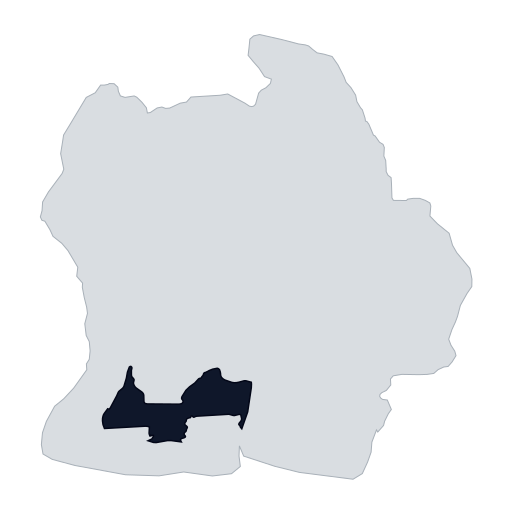 Para on a map of Suriname (Mercator projection), rotated 181°
{"feature_id": "SUR-68", "entity_name": "Para", "entity_type": "District", "adm_level": 1, "iso_a3": "SUR", "parent_name": "Suriname", "parent_adm1": "", "projection": "mercator", "projection_center": [-55.311, 5.329], "detail": "fine", "context": "in_parent", "style": "filled", "palette": "ink", "viewbox_px": 512, "rotation_deg": 181, "n_neighbors": 0, "source": "natural_earth", "source_scale": "10m", "svg_char_len": 4478}
<svg xmlns="http://www.w3.org/2000/svg" viewBox="0 0 512 512"><g transform="rotate(181 256 256)"><path d="M454.7,102.3L445.7,109.9L436.0,120.7L423.2,139.3L423.7,145.1L420.9,149.8L420.2,158.2L421.2,167.5L424.4,173.6L426.0,185.3L423.5,195.7L424.4,201.8L427.0,211.5L429.1,221.7L428.9,225.9L432.0,229.3L434.9,232.6L434.0,241.7L444.1,258.1L450.3,265.2L459.3,272.1L462.6,278.9L467.7,287.1L470.7,288.0L472.3,291.3L470.7,297.6L470.3,306.3L464.6,316.5L451.3,335.1L449.7,339.4L453.1,354.9L451.3,367.5L450.5,373.6L444.0,384.7L428.5,411.6L419.6,416.4L414.3,424.2L410.8,424.2L406.9,425.0L405.7,425.9L400.9,425.8L397.1,422.4L396.5,418.3L394.4,413.7L389.7,412.3L380.6,413.9L378.0,412.7L372.7,407.7L368.2,402.3L367.1,397.1L364.2,397.6L357.4,402.3L352.7,403.3L349.0,402.0L344.9,402.4L334.4,407.5L328.2,408.7L323.8,413.8L294.7,416.1L287.1,417.5L269.7,408.6L265.2,405.7L262.9,405.3L261.0,405.8L259.1,407.7L256.2,418.9L253.6,421.9L249.0,424.4L244.6,428.8L243.7,433.1L250.6,435.5L256.3,443.9L262.4,450.6L267.4,456.5L266.7,463.2L265.9,472.7L262.3,476.0L256.3,477.5L234.2,472.9L217.3,468.8L210.2,467.9L207.0,466.9L202.8,463.4L198.5,460.2L191.6,459.0L183.4,456.8L177.4,448.5L171.1,436.6L168.9,431.2L164.0,426.0L159.2,418.6L157.8,412.1L154.1,406.1L152.2,404.0L149.4,395.8L148.9,392.8L147.5,392.4L145.5,389.8L141.6,381.0L140.7,378.9L139.0,378.1L134.5,371.9L130.9,369.8L129.6,366.7L129.9,358.1L128.0,353.8L127.4,345.8L127.3,342.6L125.4,339.0L122.3,336.7L121.8,330.8L121.1,316.5L119.6,314.0L106.6,314.1L105.3,315.5L99.7,316.4L93.4,316.5L87.8,314.6L83.1,312.1L82.1,309.0L82.8,299.0L75.2,291.4L63.3,282.1L59.7,270.2L55.3,262.8L42.0,247.3L39.7,236.7L39.7,229.2L44.3,222.3L50.8,210.2L53.5,199.1L55.5,193.4L58.8,185.9L61.9,176.2L59.5,170.2L55.6,164.3L54.3,159.9L58.1,153.5L62.0,148.9L66.3,148.3L71.9,145.6L76.2,141.7L82.9,140.6L91.2,140.2L108.1,140.2L116.7,138.6L119.4,135.4L119.0,129.4L123.3,123.9L127.8,121.6L129.6,119.8L129.9,117.8L128.7,116.0L126.9,114.8L122.2,114.3L118.0,104.9L120.9,100.7L124.5,93.1L125.5,88.8L131.2,82.1L132.5,84.2L136.9,71.9L137.5,61.9L140.8,52.0L145.9,40.3L155.1,34.5L208.8,40.4L233.3,46.0L264.8,55.7L269.3,65.9L269.5,55.7L268.0,45.3L276.7,37.9L295.8,35.3L324.5,38.8L349.1,34.5L382.6,35.0L433.4,43.4L456.2,49.1L465.5,54.3L467.3,63.7L466.4,75.6L462.7,87.0L454.7,102.3Z" fill="#d9dde1" stroke="#a8b0b8" stroke-width="1"/><path d="M360.7,69.4L356.9,71.3L355.6,73.6L355.4,73.8L355.4,74.8L355.8,74.8L356.9,74.9L357.2,74.8L357.7,74.4L358.4,74.2L359.0,74.2L359.2,74.5L359.0,75.0L359.0,75.4L359.4,75.6L359.7,76.1L359.8,77.2L359.6,83.2L361.6,83.8L363.7,83.9L404.5,80.9L406.0,84.7L406.6,88.4L406.6,90.7L406.4,92.1L406.1,93.4L405.7,94.6L405.1,95.7L401.6,100.7L400.1,100.2L399.0,101.7L392.8,113.8L391.4,117.2L390.8,118.2L387.0,121.5L386.3,122.5L385.8,123.3L383.5,131.5L382.5,137.7L380.7,142.8L379.8,143.4L379.1,143.4L378.4,142.8L378.1,142.0L378.2,141.2L378.6,139.5L378.5,135.3L378.4,134.2L378.0,133.1L377.2,132.2L376.4,131.4L375.8,130.4L375.8,129.5L376.3,127.2L376.2,126.1L375.8,125.0L375.2,123.9L374.4,122.8L373.4,121.9L367.7,118.0L366.8,117.1L366.1,116.0L365.8,114.9L365.5,108.4L365.0,107.4L364.3,106.6L362.1,106.2L330.3,106.5L327.6,107.1L326.5,108.6L326.3,109.6L326.8,110.6L327.3,111.2L327.8,111.9L327.9,112.6L327.8,113.3L327.5,114.2L323.7,120.5L320.1,124.1L315.0,127.9L311.3,132.1L310.5,132.6L309.3,132.8L308.7,133.2L307.9,134.5L307.4,135.1L306.9,135.6L306.7,136.2L306.3,137.5L305.9,138.1L305.3,138.5L304.1,138.8L303.7,139.1L302.6,139.6L300.7,140.7L297.4,142.1L292.8,143.1L291.6,142.7L290.5,141.7L289.7,139.4L289.4,137.8L289.3,136.4L289.0,135.2L288.4,134.1L287.1,132.8L285.9,132.0L284.7,131.4L277.9,129.2L275.7,128.9L273.5,129.0L271.0,129.5L265.8,131.0L264.7,131.1L263.6,131.0L258.5,129.7L258.3,127.8L258.4,124.2L261.6,100.0L267.2,83.0L268.6,84.6L269.1,86.0L270.2,87.1L270.1,88.2L269.4,89.3L268.4,90.3L267.6,92.1L267.6,93.6L268.0,94.9L268.3,96.6L269.0,97.2L270.0,97.4L274.8,96.1L276.1,96.2L280.3,97.3L312.6,94.8L313.9,94.4L314.6,94.0L315.4,93.7L316.1,94.0L316.7,94.6L317.4,95.1L318.0,94.9L318.3,94.3L318.5,93.7L319.1,93.1L320.0,93.1L321.6,92.4L322.4,91.9L322.7,91.3L322.9,90.0L323.1,89.3L323.7,88.7L324.1,87.9L324.3,87.2L324.3,86.5L323.8,85.8L322.2,84.5L321.7,83.8L321.7,83.1L322.4,81.7L322.7,80.2L323.0,79.4L323.9,78.6L324.5,77.9L324.8,77.1L324.7,76.3L324.3,75.6L323.8,75.1L323.4,74.4L323.6,73.7L324.9,72.9L326.7,72.4L327.7,71.9L328.2,71.3L328.2,70.6L328.0,69.9L327.4,68.8L337.7,70.0L341.3,69.9L352.6,67.7L355.3,67.8L360.7,69.4Z" fill="#0f172a" stroke="#020617" stroke-width="1.5"/></g></svg>